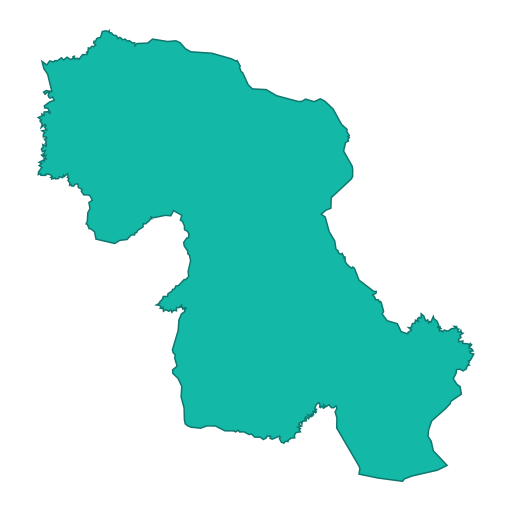 the district of Charoen Sin, Sakon Nakhon, Thailand
{"feature_id": "78962969B64295862325828", "entity_name": "Charoen Sin", "entity_type": "district", "adm_level": 2, "iso_a3": "THA", "parent_name": "Thailand", "parent_adm1": "Sakon Nakhon", "projection": "albers", "projection_center": [103.51, 17.637], "detail": "fine", "context": "isolated", "style": "filled", "palette": "teal", "viewbox_px": 512, "rotation_deg": 0, "n_neighbors": 0, "source": "geoboundaries", "source_scale": "gbopen_adm2", "svg_char_len": 5908}
<svg xmlns="http://www.w3.org/2000/svg" viewBox="0 0 512 512"><path d="M40.9,175.3L45.8,175.4L46.1,173.9L50.0,174.4L52.1,176.5L50.9,177.4L52.2,177.7L51.8,179.0L55.2,178.0L55.5,178.9L58.6,178.5L59.2,176.6L62.5,177.7L63.6,175.4L64.1,176.6L67.5,173.7L68.1,176.3L67.4,177.3L68.9,178.5L68.0,180.6L69.8,182.8L69.6,185.3L71.1,184.5L71.7,186.0L73.6,186.1L75.5,184.0L78.0,184.0L78.3,187.4L81.9,189.3L81.3,191.3L83.8,194.9L88.3,194.9L90.2,196.1L92.3,200.3L88.9,202.5L90.0,208.7L87.8,212.8L87.3,221.3L86.1,223.9L87.4,224.4L89.1,228.7L90.8,228.8L94.5,231.7L96.0,239.1L114.8,243.5L119.7,240.4L127.0,239.5L131.3,234.9L134.6,234.9L134.8,233.1L136.8,232.4L137.6,230.4L143.0,227.0L143.2,223.6L145.5,223.9L149.5,220.6L150.3,218.6L151.6,218.8L151.0,217.0L153.2,217.8L165.5,215.3L170.8,215.8L173.5,210.6L181.8,215.3L180.4,220.1L182.5,221.4L184.4,225.8L184.5,229.7L187.5,231.4L188.9,233.9L188.6,237.6L186.7,238.1L183.7,242.4L184.2,245.9L187.7,251.0L187.9,253.9L189.5,255.2L190.6,260.8L188.1,271.6L188.7,276.6L185.6,279.7L184.2,279.5L178.2,285.8L175.9,285.9L174.5,289.0L172.6,289.4L172.1,291.0L168.0,293.7L167.6,296.4L163.2,296.5L162.5,299.1L159.4,302.3L159.8,303.1L156.5,304.9L159.6,305.4L161.2,307.0L160.2,308.1L162.1,308.5L163.0,307.5L163.5,311.2L165.8,309.6L168.9,311.3L170.9,309.7L171.9,312.3L173.7,310.2L176.5,310.8L176.4,307.5L179.0,307.7L181.5,305.2L181.3,307.3L182.6,307.3L182.8,309.1L185.2,307.6L186.2,308.3L184.5,309.9L185.0,311.4L181.5,313.9L178.9,320.0L178.2,330.4L172.4,349.9L173.2,352.8L175.2,354.7L174.7,358.0L177.1,366.2L172.6,369.8L172.9,373.5L178.0,378.3L181.8,386.4L181.1,396.8L184.1,408.0L184.4,419.8L185.2,423.7L187.4,425.6L190.9,427.2L200.5,428.2L206.9,425.9L215.4,426.0L224.9,430.8L233.8,430.9L235.6,431.9L238.1,430.3L239.6,432.0L243.8,431.8L249.1,434.5L251.6,434.1L254.6,437.1L260.3,437.2L263.3,439.5L266.2,438.0L267.2,436.0L270.8,436.4L270.0,438.2L272.1,439.2L279.6,436.1L280.3,436.9L279.4,438.5L281.3,442.1L283.9,443.2L285.4,441.2L288.0,441.6L288.0,440.5L291.3,438.0L294.7,437.9L294.4,435.0L296.2,432.5L300.4,431.8L299.1,430.0L300.4,428.5L297.7,427.2L301.5,426.0L298.8,424.5L299.5,422.8L300.8,422.3L301.8,424.0L302.5,421.3L306.3,420.8L306.2,419.1L304.8,419.1L305.9,416.7L308.6,418.8L309.4,417.0L308.2,415.2L311.2,416.7L312.3,416.0L311.0,414.4L313.5,414.8L313.0,411.6L315.7,412.8L316.3,411.4L314.7,411.1L316.4,409.3L314.7,409.0L315.0,407.7L316.3,404.6L318.9,402.6L320.1,404.9L319.6,407.0L320.4,407.6L321.8,406.2L323.4,408.2L324.5,407.6L323.8,404.9L325.9,406.8L328.8,404.8L331.5,407.7L333.6,407.7L336.0,405.9L337.0,408.3L335.1,412.0L336.9,417.7L336.7,428.0L358.9,465.9L359.9,468.5L359.0,474.1L377.8,478.0L402.6,481.3L404.2,479.0L412.0,476.0L437.6,470.1L447.1,465.4L433.3,450.8L431.2,441.2L428.0,436.3L428.6,429.9L431.7,420.9L445.6,408.6L450.0,403.9L450.9,401.3L461.4,394.1L460.1,386.6L457.0,384.4L453.3,378.8L456.1,373.2L456.5,369.6L459.9,369.1L463.1,370.9L466.3,368.9L467.3,365.7L469.3,365.1L468.2,364.3L469.3,362.3L468.5,360.8L470.2,360.5L473.8,354.1L470.5,353.0L469.6,351.4L473.1,350.9L471.6,348.8L468.8,347.8L471.6,344.8L470.2,343.4L469.3,345.3L467.9,343.8L462.6,343.4L462.9,341.0L458.6,341.7L458.7,339.2L461.0,337.4L459.9,335.4L462.9,333.2L461.4,332.8L460.8,330.5L459.8,332.0L458.2,331.8L457.7,330.3L458.8,329.2L457.4,328.9L456.5,326.5L454.1,326.4L455.3,327.6L454.7,328.5L451.6,328.6L448.0,331.2L444.3,330.1L442.8,331.8L441.6,330.6L439.6,331.2L439.0,329.7L440.8,328.5L438.7,327.7L440.7,326.7L437.9,326.8L438.8,325.3L437.0,321.2L434.0,318.7L433.3,316.5L430.8,322.3L429.6,321.5L428.6,322.8L427.7,319.9L425.7,320.9L423.7,315.9L421.2,313.8L421.0,317.9L419.0,317.4L417.4,319.1L418.3,321.4L415.4,320.2L415.0,323.1L412.4,323.6L411.1,327.7L408.6,327.6L411.5,330.1L408.0,332.4L407.8,333.9L401.1,331.6L397.3,323.7L387.2,320.7L382.2,314.1L383.6,311.4L381.3,302.6L380.5,301.5L379.4,302.1L378.4,299.8L375.3,299.6L374.9,297.4L372.7,295.0L376.1,293.1L376.2,291.4L373.8,291.4L359.0,280.1L354.5,268.5L352.8,267.0L351.9,268.0L350.1,267.2L346.9,264.2L345.2,261.5L345.1,258.4L343.9,258.2L345.0,257.1L343.7,256.6L342.2,253.4L340.8,254.2L338.3,252.7L338.1,250.8L336.0,249.3L334.7,240.9L329.2,231.7L325.2,217.0L321.2,214.2L326.1,210.1L330.9,208.2L331.2,197.7L351.2,179.1L352.6,176.6L352.7,169.7L352.1,166.0L343.6,151.0L345.6,142.5L348.5,141.0L347.9,139.8L349.2,137.4L347.8,136.7L349.3,135.6L346.8,131.5L347.1,129.4L341.6,124.5L333.1,109.0L324.9,101.2L320.3,98.8L314.1,101.7L305.6,99.1L301.8,101.4L298.3,101.5L276.6,95.7L266.2,89.6L252.4,88.9L248.3,85.0L242.7,72.8L240.9,71.3L239.5,67.1L240.2,66.1L237.1,60.5L236.0,61.2L231.4,58.8L211.7,53.2L190.8,51.8L185.5,48.8L180.1,42.7L176.0,40.8L167.5,41.5L152.6,39.1L147.6,43.1L137.1,43.5L134.9,45.7L134.8,42.9L132.1,42.8L129.3,40.6L127.4,41.2L125.1,39.1L122.4,39.8L120.8,37.8L119.2,37.4L118.0,38.6L116.3,35.6L113.3,35.1L111.6,33.0L109.5,32.7L109.1,30.7L108.5,31.7L106.0,30.8L102.3,31.5L100.6,37.3L96.8,38.4L95.4,41.6L94.0,41.2L93.6,43.0L95.7,44.9L94.0,46.5L91.6,46.4L90.4,48.2L88.3,47.9L88.2,50.8L86.6,52.3L87.6,53.0L87.0,54.4L82.5,54.7L78.9,59.4L77.5,58.2L74.8,59.1L74.4,56.2L73.0,56.7L72.9,58.6L70.4,59.5L67.0,57.2L63.6,60.0L61.5,57.8L57.5,60.7L54.6,60.7L53.7,62.0L49.7,60.9L46.8,65.0L42.0,61.4L43.9,68.7L47.6,74.2L51.9,91.5L46.1,90.6L43.6,92.1L45.1,94.3L47.1,92.6L49.5,92.6L48.1,95.3L49.0,97.4L50.1,98.1L52.6,97.0L54.2,100.4L49.7,101.9L44.4,105.8L44.6,107.9L47.8,108.2L50.2,112.9L49.1,113.1L48.7,111.6L44.1,112.0L44.0,115.4L41.9,114.1L42.3,115.8L38.2,117.5L41.4,119.9L40.0,121.0L42.3,124.0L41.2,127.5L45.0,124.3L46.0,125.4L44.5,127.0L46.7,129.9L42.0,130.8L45.0,132.8L43.3,134.3L43.3,136.9L46.4,137.0L46.7,138.6L44.4,139.2L46.3,141.6L45.3,143.8L46.4,144.3L46.3,146.2L42.8,144.6L43.2,147.1L41.4,149.1L42.4,151.7L45.4,150.6L43.9,153.6L41.5,155.1L43.3,156.7L43.7,155.4L46.0,155.3L44.8,157.1L46.1,158.8L44.0,158.7L44.2,161.1L43.0,160.3L39.1,162.3L41.7,163.4L39.2,165.6L41.9,167.4L38.6,171.8L38.3,174.6L40.4,173.7L40.9,175.3Z" fill="#14b8a6" stroke="#0f766e" stroke-width="1.5"/></svg>